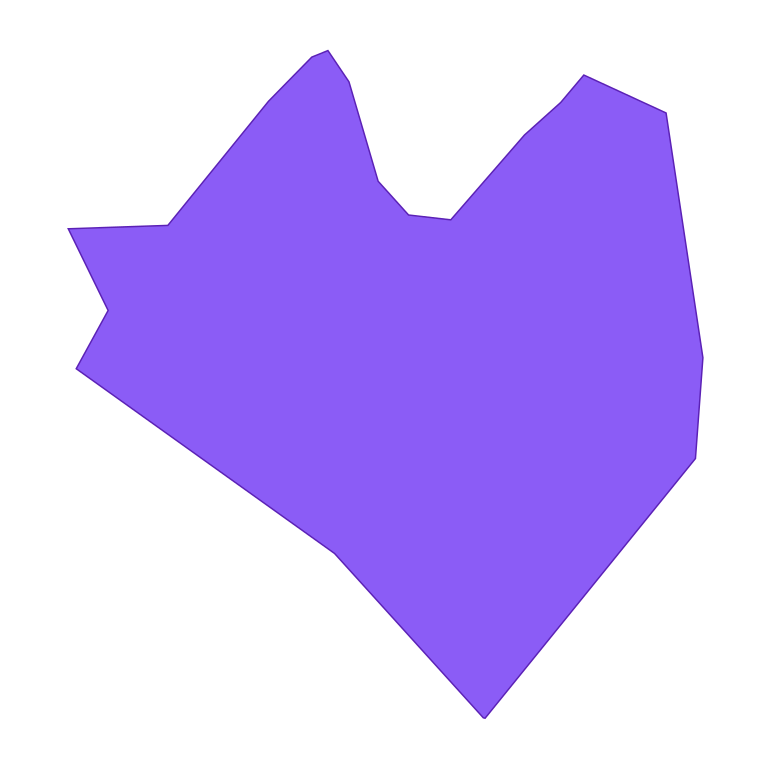 an SVG outline of Radenci, rotated 181°
{"feature_id": "SVN-930", "entity_name": "Radenci", "entity_type": "Municipality", "adm_level": 1, "iso_a3": "SVN", "parent_name": "Slovenia", "parent_adm1": "", "projection": "albers", "projection_center": [16.055, 46.625], "detail": "fine", "context": "isolated", "style": "filled", "palette": "violet", "viewbox_px": 768, "rotation_deg": 181, "n_neighbors": 0, "source": "natural_earth", "source_scale": "10m", "svg_char_len": 419}
<svg xmlns="http://www.w3.org/2000/svg" viewBox="0 0 768 768"><g transform="rotate(181 384 384)"><path d="M106.7,659.9L65.6,415.8L71.3,314.9L277.1,51.6L278.9,52.0L430.5,213.7L692.0,393.9L661.1,452.7L702.4,533.7L602.9,538.8L504.4,664.7L461.9,709.6L445.9,716.4L424.3,685.5L393.4,586.6L362.4,553.4L320.1,549.3L247.9,635.4L212.2,668.6L189.6,696.4L106.7,659.9Z" fill="#8b5cf6" stroke="#5b21b6" stroke-width="1.5"/></g></svg>